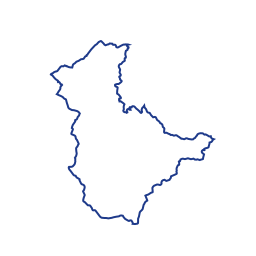 Son Ha, Quảng Ngãi, Vietnam (Robinson projection), rotated 154°
{"feature_id": "81297802B11658146957456", "entity_name": "Son Ha", "entity_type": "district", "adm_level": 2, "iso_a3": "VNM", "parent_name": "Vietnam", "parent_adm1": "Quảng Ngãi", "projection": "robinson", "projection_center": [108.493, 14.975], "detail": "fine", "context": "isolated", "style": "outline", "palette": "blue", "viewbox_px": 256, "rotation_deg": 154, "n_neighbors": 0, "source": "geoboundaries", "source_scale": "gbopen_adm2", "svg_char_len": 5831}
<svg xmlns="http://www.w3.org/2000/svg" viewBox="0 0 256 256"><g transform="rotate(154 128 128)"><path d="M177.1,189.6L176.1,188.2L174.4,186.3L173.1,184.5L172.6,182.8L172.2,182.0L171.5,181.3L171.3,180.9L171.3,180.6L172.0,177.1L172.3,174.6L172.7,172.6L172.6,171.9L172.3,171.1L170.5,168.7L168.8,167.7L166.3,165.5L165.5,164.3L165.1,163.0L165.0,162.1L165.5,161.8L166.5,160.7L168.4,159.9L169.8,158.5L170.6,158.2L172.1,158.2L172.6,157.0L176.2,155.0L177.5,153.8L178.5,152.6L178.0,151.5L178.2,150.8L181.2,148.1L181.5,147.6L181.3,147.0L179.3,144.7L179.0,144.0L178.9,143.4L179.3,142.1L179.5,141.1L179.1,139.6L179.2,135.6L179.4,135.2L180.6,134.5L181.5,133.6L183.0,133.0L183.7,132.2L184.7,129.6L185.2,127.8L185.6,127.1L186.9,125.6L188.8,124.4L188.8,123.5L189.6,122.1L190.0,121.0L191.3,119.4L192.1,118.7L194.4,117.8L195.5,117.8L198.1,118.9L198.5,118.6L198.7,118.2L198.9,117.4L198.9,116.4L198.4,114.4L197.5,109.6L197.1,108.9L196.0,108.0L195.9,106.1L194.4,103.9L194.0,103.1L194.4,102.6L194.5,102.0L194.5,98.5L194.2,97.7L193.6,97.2L192.9,96.2L192.6,95.5L192.6,95.0L192.8,93.9L193.6,92.8L194.7,91.6L196.0,90.9L196.2,90.6L196.2,87.5L196.3,86.7L198.4,84.7L199.7,83.1L200.2,82.1L200.1,81.5L199.8,80.9L199.3,80.3L198.0,76.2L196.3,75.2L196.0,74.6L195.6,71.9L195.8,70.4L195.7,69.6L195.3,69.2L194.1,68.8L193.7,68.5L193.4,67.9L192.0,60.7L191.7,59.9L191.0,58.9L188.9,57.6L186.8,56.5L185.3,55.4L182.0,54.4L180.1,54.1L177.4,53.4L174.9,52.6L173.4,52.7L172.3,52.3L171.5,51.7L171.1,51.4L171.0,49.7L170.4,47.5L168.3,44.4L167.8,44.0L167.1,44.1L166.0,43.8L165.5,43.3L165.3,41.1L165.4,40.2L165.8,39.8L163.8,38.6L161.4,37.9L160.8,38.1L160.3,38.8L158.7,42.0L156.9,43.7L154.4,47.0L153.6,47.5L151.4,48.2L150.4,48.7L147.6,52.1L146.4,52.8L145.5,53.6L144.4,54.1L142.5,54.3L142.4,54.5L142.0,59.6L140.9,59.6L138.8,59.3L135.8,59.7L134.1,59.5L133.9,59.6L133.6,60.2L132.5,63.1L132.1,63.7L131.1,64.3L129.8,64.7L126.8,64.5L125.8,64.0L124.2,62.7L123.3,62.7L122.3,63.2L121.9,64.3L121.5,64.8L120.6,65.5L119.7,65.7L119.0,65.7L117.8,65.4L117.1,64.1L116.6,63.6L113.4,63.2L112.8,63.7L111.8,64.1L111.1,64.8L110.5,65.7L106.2,65.5L104.5,65.5L104.0,65.9L103.8,66.4L103.6,67.6L102.9,68.3L102.4,69.8L101.7,70.8L99.8,72.4L99.3,72.6L98.3,72.5L98.0,72.7L97.1,74.7L97.1,75.4L96.6,75.7L95.7,75.5L94.6,76.7L92.7,76.6L92.0,76.3L90.8,75.3L90.2,75.0L87.4,74.5L85.6,72.8L85.1,72.4L84.5,72.2L82.5,71.7L81.8,70.4L80.5,69.6L79.3,69.4L77.5,67.7L76.8,67.7L74.8,67.3L74.2,67.3L73.3,68.6L71.2,71.0L72.1,72.9L72.2,73.4L72.2,74.2L71.8,74.8L71.4,75.1L70.5,75.4L70.1,75.3L69.4,74.7L69.0,74.6L68.8,75.0L68.7,75.5L68.6,75.8L68.4,75.8L67.3,75.8L65.0,75.3L64.1,75.4L61.7,78.1L61.1,79.2L59.2,78.9L58.1,79.3L57.2,80.1L55.8,80.3L57.1,81.6L57.4,82.3L57.5,83.1L57.2,84.3L58.6,84.7L58.8,84.9L59.9,86.7L61.0,88.2L62.0,88.4L62.3,88.7L63.0,90.2L63.7,90.8L65.3,91.6L66.8,91.9L67.8,91.9L68.6,91.7L69.1,91.1L70.7,90.5L72.0,89.7L73.1,89.7L74.5,89.3L75.8,89.8L78.5,91.7L79.6,92.9L80.0,93.1L80.5,93.3L82.0,93.2L82.7,93.5L83.7,94.4L84.8,95.0L85.0,95.7L85.5,96.4L85.8,97.2L86.5,98.2L87.4,99.9L88.0,100.5L90.1,101.0L91.3,102.4L92.8,103.1L93.2,104.3L93.9,104.8L95.4,106.8L96.1,107.2L97.0,107.4L97.4,108.1L97.3,108.7L95.6,111.5L95.6,112.2L96.2,113.7L95.7,115.8L95.7,116.2L96.3,117.6L96.8,118.0L97.0,118.8L97.0,120.0L98.3,122.5L98.3,125.2L98.4,125.5L98.7,125.9L99.0,126.2L100.7,126.6L101.6,129.3L101.9,132.1L103.1,133.0L103.6,133.7L103.7,135.0L103.5,136.9L103.8,138.1L104.1,139.3L103.6,141.0L105.2,140.1L105.8,140.0L106.6,139.6L107.6,138.6L107.9,138.1L108.3,136.3L108.7,136.0L109.6,135.8L109.8,136.0L110.0,136.3L110.5,138.3L111.5,140.8L112.0,141.6L112.7,144.1L113.2,144.9L114.2,145.5L114.5,145.6L115.1,145.5L115.7,144.9L116.0,144.9L117.0,145.9L117.6,145.7L118.0,145.3L118.0,145.0L117.8,143.3L118.1,143.4L118.7,143.9L119.4,145.0L120.3,145.1L121.0,144.7L121.7,143.8L121.7,143.2L121.6,142.5L121.7,142.3L122.4,142.3L122.4,142.6L124.1,143.7L124.7,144.6L124.7,145.2L124.6,145.7L123.5,146.7L122.7,148.8L121.8,150.0L120.8,150.9L121.2,152.1L122.7,154.9L123.2,155.4L123.7,155.4L124.0,155.6L123.5,156.6L123.8,157.0L123.2,158.1L122.8,158.3L121.5,157.9L121.2,158.1L121.1,158.6L121.2,159.7L121.8,162.2L122.1,162.7L122.5,163.2L122.7,163.7L121.4,166.2L119.6,168.8L119.7,169.4L120.9,170.8L121.1,171.4L120.9,172.2L120.7,172.5L120.3,172.6L118.5,172.3L117.2,171.7L116.7,171.7L114.0,172.3L113.3,172.7L113.1,173.3L113.7,174.5L113.8,175.3L113.5,175.8L113.5,177.8L113.0,178.1L111.7,178.3L111.2,178.9L111.2,179.8L111.3,181.4L111.1,181.9L109.9,183.3L109.4,184.2L109.5,186.5L109.4,187.2L109.0,187.9L108.5,188.4L107.4,188.9L106.6,188.6L105.9,188.6L103.8,189.6L101.6,189.8L101.2,190.2L100.8,191.5L100.4,192.0L100.0,192.2L99.4,192.1L99.0,192.4L98.7,192.8L98.3,195.0L98.0,195.8L96.5,197.8L96.0,198.3L94.7,198.4L94.0,198.6L93.4,199.7L92.7,199.6L92.3,199.9L92.1,200.4L92.9,202.2L93.0,202.7L92.8,203.2L92.4,203.2L91.5,202.9L91.1,202.8L91.3,203.0L93.9,204.4L94.6,204.5L95.6,205.0L98.1,205.0L101.5,204.8L102.4,205.1L103.0,205.9L102.8,207.0L102.9,208.2L103.3,208.6L104.9,209.3L105.2,209.9L105.1,210.6L107.4,212.0L108.8,211.7L109.6,212.0L111.9,212.2L112.1,212.4L112.7,213.4L112.8,214.3L113.9,217.6L114.2,218.0L114.5,218.1L116.7,218.1L119.4,217.0L121.3,216.8L126.5,214.8L131.5,212.3L132.3,211.7L133.1,211.7L133.7,210.9L134.6,211.1L135.2,211.0L137.5,209.7L138.4,209.8L140.1,210.4L142.9,210.0L145.3,210.2L147.2,209.5L149.0,209.3L149.8,208.9L151.6,206.8L153.2,207.7L154.5,208.7L155.7,210.1L155.9,210.6L156.4,210.6L157.4,212.0L158.6,211.8L159.2,211.8L160.4,212.6L161.7,212.6L166.5,210.2L167.4,210.2L168.3,210.5L169.9,210.6L171.7,210.2L173.1,210.3L173.7,210.1L173.9,209.9L173.2,208.8L172.8,208.1L172.3,205.7L171.6,203.5L170.3,201.3L170.2,200.8L170.8,200.2L170.8,199.9L169.9,199.6L169.6,199.3L169.4,198.2L169.4,196.9L168.5,196.3L168.4,195.6L170.3,194.8L171.0,194.1L171.5,193.1L172.2,192.4L174.6,191.1L176.3,189.9L177.1,189.6Z" fill="none" stroke="#1e3a8a" stroke-width="2"/></g></svg>